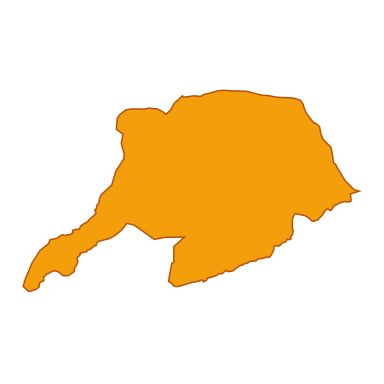 Shani, Borno, Nigeria (Albers equal-area conic projection), rotated 181°
{"feature_id": "59680162B31817043180897", "entity_name": "Shani", "entity_type": "district", "adm_level": 2, "iso_a3": "NGA", "parent_name": "Nigeria", "parent_adm1": "Borno", "projection": "albers", "projection_center": [11.982, 10.196], "detail": "fine", "context": "isolated", "style": "filled", "palette": "amber", "viewbox_px": 384, "rotation_deg": 181, "n_neighbors": 0, "source": "geoboundaries", "source_scale": "gbopen_adm2", "svg_char_len": 3690}
<svg xmlns="http://www.w3.org/2000/svg" viewBox="0 0 384 384"><g transform="rotate(181 192 192)"><path d="M213.9,102.2L210.6,100.2L209.0,98.0L206.8,97.3L204.4,97.2L201.4,98.1L196.4,99.7L193.2,100.6L190.4,101.8L187.4,102.1L183.5,103.1L180.5,104.3L179.5,103.5L178.9,102.3L175.9,104.1L175.2,105.8L174.0,106.6L170.8,107.1L170.7,107.2L169.8,107.6L166.6,108.8L165.1,109.6L163.6,110.9L162.3,110.8L160.4,110.9L159.0,112.2L156.3,114.2L155.5,113.5L154.3,113.0L151.4,113.4L149.1,114.2L147.4,116.1L145.3,117.1L143.8,118.5L142.5,119.5L140.6,119.5L139.6,120.6L136.7,121.5L134.9,122.1L132.8,123.8L131.3,123.7L126.7,124.2L126.3,125.1L123.8,126.5L121.6,126.6L119.1,127.2L116.8,128.1L114.5,127.9L112.6,128.9L110.2,133.2L109.1,136.3L109.1,138.0L109.0,138.9L108.0,139.6L106.7,140.1L105.7,139.4L104.4,139.5L102.9,140.3L101.4,142.2L99.7,143.1L97.6,143.7L96.5,145.3L96.2,146.3L95.4,146.3L94.2,146.0L93.0,146.3L92.1,147.0L92.6,149.2L90.8,151.1L90.3,153.6L90.2,155.3L91.1,157.8L91.1,160.1L91.1,163.5L91.0,166.4L90.6,168.6L89.4,170.8L88.2,172.2L81.9,170.9L79.4,170.6L77.5,169.7L75.6,168.6L74.2,167.6L72.7,166.1L71.4,165.0L69.1,164.8L67.7,165.9L65.5,166.3L64.3,168.1L62.5,169.7L61.2,171.4L60.0,173.2L58.5,175.6L56.8,177.3L55.2,177.0L53.5,175.9L52.2,176.6L51.3,178.0L50.8,179.4L49.2,180.8L47.1,182.0L43.8,183.8L38.8,185.1L36.2,184.8L33.4,185.1L32.9,185.7L32.9,187.3L33.0,188.6L33.6,192.7L29.5,194.2L24.8,195.8L30.0,197.1L38.9,205.7L47.6,219.5L48.7,221.9L50.9,223.7L53.6,238.8L61.9,247.0L62.8,248.3L62.7,249.0L63.0,249.9L64.0,251.3L64.0,252.0L64.4,253.4L64.5,254.4L65.0,256.4L65.5,259.3L68.1,261.9L70.4,263.2L71.6,263.2L75.2,267.8L79.5,273.5L80.8,276.9L81.4,278.2L82.0,279.8L82.4,281.7L85.2,285.6L92.2,287.7L99.1,288.0L103.3,288.1L105.4,288.1L109.9,288.4L112.1,288.8L117.2,289.7L117.5,289.7L119.7,289.9L123.4,289.9L132.3,292.0L139.8,293.7L148.5,293.8L152.5,293.8L155.9,293.8L161.9,294.3L162.0,294.3L163.7,294.1L168.1,293.6L176.2,291.1L181.6,289.8L185.3,287.7L191.2,288.2L202.1,286.7L203.3,288.0L207.2,284.1L211.0,280.8L215.0,273.4L219.5,269.2L222.3,271.6L228.6,274.6L231.8,274.6L232.2,274.6L236.2,275.2L241.0,274.0L252.6,274.1L257.1,273.4L259.4,273.0L265.1,268.6L267.9,264.7L268.4,258.3L268.8,253.4L262.1,248.7L263.5,239.2L260.5,229.0L260.7,224.1L268.6,211.4L272.3,197.7L282.7,187.7L284.5,183.4L284.8,179.6L286.6,177.6L287.6,173.4L289.0,172.2L287.6,170.0L288.2,168.0L289.6,166.9L294.4,162.5L295.7,160.7L296.5,159.9L297.6,159.6L300.2,157.9L302.8,155.9L304.2,152.8L307.5,152.7L310.8,151.5L310.0,148.9L311.2,148.9L312.5,147.8L313.5,147.1L314.4,146.9L314.9,147.2L315.4,146.8L315.7,146.9L316.6,146.9L317.7,146.4L318.1,146.3L318.3,146.4L318.7,146.4L319.1,146.4L319.5,146.7L319.9,146.7L320.2,146.9L320.7,146.8L321.5,146.5L322.1,146.4L323.1,145.9L324.0,145.0L326.2,143.4L329.7,142.6L333.2,141.7L334.5,137.9L342.8,131.0L347.4,123.7L350.5,118.7L357.2,101.9L359.2,94.6L353.9,90.0L352.4,89.7L346.0,92.1L343.0,94.7L343.4,96.6L342.8,98.0L341.1,100.0L340.1,99.9L338.7,100.5L338.8,103.2L338.9,104.7L337.0,105.8L336.0,107.6L334.3,107.8L332.7,108.9L330.6,110.0L329.0,110.9L327.8,110.6L325.9,110.5L323.5,109.3L321.1,107.6L320.1,106.3L318.9,106.1L317.4,106.0L314.1,106.3L309.7,109.4L308.4,110.4L308.3,112.6L307.9,113.9L307.2,115.3L306.0,117.4L305.3,119.2L305.0,121.0L306.0,123.8L304.1,125.7L303.0,127.0L302.4,128.0L302.8,129.0L300.4,129.4L299.0,129.9L297.7,130.2L296.5,130.3L296.0,130.9L295.9,131.2L295.7,131.8L295.1,132.2L294.5,132.6L293.4,132.6L291.7,133.5L290.0,135.3L288.2,136.9L287.1,136.6L285.4,140.8L274.7,143.7L268.3,147.1L261.6,152.8L256.6,159.5L249.3,158.0L229.0,144.0L217.8,146.2L198.7,146.8L209.2,137.2L209.0,121.7L210.1,120.6L210.9,120.5L211.0,120.4L213.9,102.2Z" fill="#f59e0b" stroke="#b45309" stroke-width="1.5"/></g></svg>